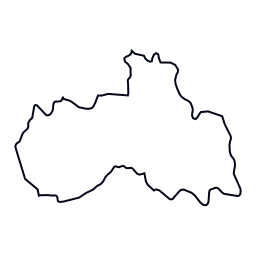 Liberecký, Albers equal-area conic projection
{"feature_id": "CZE-1597", "entity_name": "Liberecký", "entity_type": "Region", "adm_level": 1, "iso_a3": "CZE", "parent_name": "Czechia", "parent_adm1": "", "projection": "albers", "projection_center": [15.007, 50.741], "detail": "fine", "context": "isolated", "style": "outline", "palette": "ink", "viewbox_px": 256, "rotation_deg": 0, "n_neighbors": 0, "source": "natural_earth", "source_scale": "10m", "svg_char_len": 2642}
<svg xmlns="http://www.w3.org/2000/svg" viewBox="0 0 256 256"><path d="M62.8,96.8L63.6,98.9L69.7,100.7L72.1,102.1L78.8,107.2L85.3,108.6L89.0,108.8L91.9,108.0L93.6,106.1L95.2,102.9L98.0,95.5L101.7,95.6L108.0,93.9L127.9,95.4L128.3,93.0L128.1,83.4L127.9,82.6L127.8,81.6L127.9,80.0L128.4,79.1L130.1,77.1L130.7,75.7L130.5,67.7L127.8,63.9L125.0,61.6L124.3,58.5L125.1,57.5L126.0,56.8L127.0,56.3L127.9,56.1L130.5,54.3L131.3,53.0L131.7,50.8L135.1,53.8L143.9,55.7L145.3,58.5L147.4,60.5L149.8,61.7L151.8,61.3L152.3,58.5L152.3,58.4L153.9,54.8L156.1,53.2L158.2,54.3L159.0,58.5L160.6,62.5L170.5,62.6L175.2,64.9L178.0,69.5L177.8,72.1L176.3,75.0L175.1,80.1L175.6,84.0L177.3,88.9L179.3,93.4L181.2,96.4L184.7,99.2L187.9,100.6L190.5,102.8L192.6,108.0L192.7,110.6L192.2,113.4L192.1,116.0L193.2,118.3L195.4,119.0L195.7,119.1L197.6,117.0L199.3,114.1L200.9,112.1L208.1,111.4L222.2,116.2L224.7,124.2L230.6,135.9L231.0,138.1L230.7,139.7L230.1,141.2L229.7,143.3L229.5,145.8L229.8,151.2L230.3,153.6L231.1,155.7L233.3,158.5L234.1,159.9L234.6,161.4L234.9,163.1L235.0,164.7L234.9,166.4L233.8,172.3L233.8,173.4L234.0,174.4L240.2,188.3L240.6,189.9L240.6,191.6L240.4,193.4L239.7,195.0L238.7,195.8L237.5,196.0L224.0,193.8L222.0,192.4L218.3,188.5L217.3,188.0L216.3,187.8L215.2,187.9L210.7,189.5L209.7,190.3L209.2,191.8L208.6,200.6L208.3,202.5L207.5,204.0L206.5,204.9L205.3,205.2L204.1,205.1L202.8,204.6L200.2,202.3L194.8,195.4L191.4,192.7L183.7,189.6L181.8,189.7L180.1,190.4L172.6,199.0L171.5,199.4L170.4,199.3L169.2,198.7L159.5,190.5L156.7,189.5L155.7,189.6L155.0,189.8L154.4,190.1L154.0,190.5L147.8,184.9L145.9,181.4L144.4,173.3L139.8,174.6L138.6,174.3L137.3,173.8L136.3,172.8L132.9,168.8L132.0,168.2L131.1,167.9L126.9,168.2L125.5,167.6L123.8,166.1L122.6,166.0L121.3,166.3L119.3,167.2L117.9,167.1L116.2,166.4L115.2,166.4L114.3,166.8L113.7,167.6L111.6,170.9L110.6,172.1L107.0,175.2L105.9,176.5L105.2,177.5L103.3,181.2L102.0,182.8L100.6,184.1L97.6,185.7L96.3,186.6L94.2,188.6L92.7,189.8L86.2,192.9L79.1,197.6L63.3,201.6L60.3,201.9L58.7,201.7L58.3,201.3L57.9,200.7L57.6,199.9L57.6,199.0L57.5,198.2L57.3,197.5L57.0,196.7L56.6,196.0L55.9,195.6L54.6,195.4L51.9,195.6L48.6,195.1L40.8,195.2L38.9,195.7L37.6,189.4L25.1,178.9L15.6,147.8L15.4,146.3L15.6,145.1L16.3,144.0L17.1,143.1L19.5,141.6L22.8,133.3L23.6,132.3L27.5,128.7L28.0,127.7L28.3,126.5L28.2,123.6L28.6,122.2L29.2,121.0L30.0,120.0L32.2,117.9L34.2,106.5L34.9,105.2L35.9,104.9L37.1,105.5L46.1,115.0L47.6,115.4L49.1,115.0L50.4,114.1L51.5,112.8L52.4,111.0L53.0,108.9L53.3,104.7L53.7,103.2L54.2,102.3L55.0,101.7L60.2,101.3L61.1,100.8L61.7,100.0L62.2,99.2L62.7,97.6L62.8,96.8Z" fill="none" stroke="#020617" stroke-width="2"/></svg>